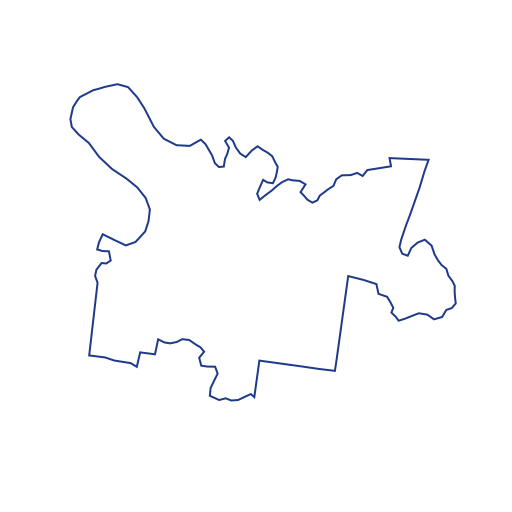 Porto Lucena, Rio Grande do Sul, Brazil, rotated 9°
{"feature_id": "56859067B50046704042959", "entity_name": "Porto Lucena", "entity_type": "district", "adm_level": 2, "iso_a3": "BRA", "parent_name": "Brazil", "parent_adm1": "Rio Grande do Sul", "projection": "mercator", "projection_center": [-54.951, -27.852], "detail": "fine", "context": "isolated", "style": "outline", "palette": "blue", "viewbox_px": 512, "rotation_deg": 9, "n_neighbors": 0, "source": "geoboundaries", "source_scale": "gbopen_adm2", "svg_char_len": 2274}
<svg xmlns="http://www.w3.org/2000/svg" viewBox="0 0 512 512"><g transform="rotate(9 256 256)"><path d="M449.4,287.1L452.4,279.5L457.4,276.9L460.7,271.6L459.1,265.9L457.7,259.8L457.0,254.5L454.1,250.3L449.0,245.2L446.0,238.9L440.7,235.9L436.1,231.5L432.1,226.5L427.8,218.3L420.2,213.5L413.6,217.4L408.2,223.7L405.8,232.0L400.0,230.8L396.3,224.8L396.8,217.4L397.8,211.6L399.5,201.7L401.7,191.2L406.8,163.4L409.2,145.7L411.4,134.0L372.6,138.4L375.3,146.3L352.5,153.7L348.8,160.3L343.0,158.1L336.8,161.3L328.1,162.9L323.2,167.8L321.5,174.7L317.4,178.2L313.2,182.6L309.6,186.3L307.9,191.4L303.4,194.5L297.9,192.3L293.7,188.7L290.0,186.0L293.7,177.5L287.4,175.0L280.4,175.5L275.7,175.2L270.1,179.1L265.7,183.5L261.3,188.9L255.8,194.5L250.8,200.0L247.4,194.3L248.9,188.0L251.1,179.7L255.5,181.5L261.3,181.5L263.1,175.5L263.5,169.5L263.5,164.5L260.4,160.6L256.4,154.9L251.1,152.0L246.2,150.2L240.4,147.4L235.5,152.3L230.4,159.9L224.5,157.4L219.1,152.0L215.3,146.0L210.9,143.0L207.5,147.2L212.4,153.2L211.6,159.9L210.2,165.0L210.2,172.7L205.5,173.9L200.9,170.8L196.8,163.4L192.2,157.8L188.7,153.5L183.3,149.7L173.4,157.6L160.2,159.0L146.6,154.6L134.9,144.4L122.7,127.7L113.7,117.7L103.2,109.2L92.3,108.0L80.8,112.4L73.7,115.8L69.3,117.7L57.3,126.5L55.0,130.7L52.0,137.8L51.3,149.9L53.9,157.4L62.0,163.9L73.2,170.5L85.6,182.7L100.2,192.6L115.9,199.8L128.1,206.9L138.0,216.0L143.9,226.7L144.4,238.5L142.7,249.1L134.8,261.0L125.8,265.9L113.4,262.3L101.2,258.5L98.8,267.0L98.1,274.4L103.7,275.1L110.0,274.4L113.2,283.2L109.3,286.8L104.6,287.1L100.5,294.6L100.2,300.9L103.7,307.2L106.8,380.3L122.9,379.8L132.2,381.4L149.0,381.4L155.6,384.1L156.7,369.3L171.6,368.9L172.4,353.6L179.0,355.7L185.0,355.7L191.2,353.3L196.2,349.7L203.1,349.4L210.7,353.0L215.5,354.9L219.7,358.7L215.8,365.4L219.1,372.9L225.6,372.8L232.9,371.7L236.5,378.1L234.2,385.6L231.8,393.6L232.3,401.3L242.1,404.0L248.4,401.3L254.2,402.6L260.9,401.0L267.9,396.2L272.5,393.2L276.4,395.7L275.7,358.8L305.1,358.2L313.2,358.0L335.7,357.7L351.9,357.1L351.8,345.3L351.2,313.6L350.2,261.4L365.9,262.8L379.3,264.9L382.9,274.2L391.9,275.8L395.8,280.4L399.7,285.7L398.6,290.7L403.7,294.3L407.0,297.6L413.2,294.5L419.7,290.6L425.8,287.1L434.4,287.1L441.7,290.7L449.4,287.1Z" fill="none" stroke="#1e3a8a" stroke-width="2"/></g></svg>